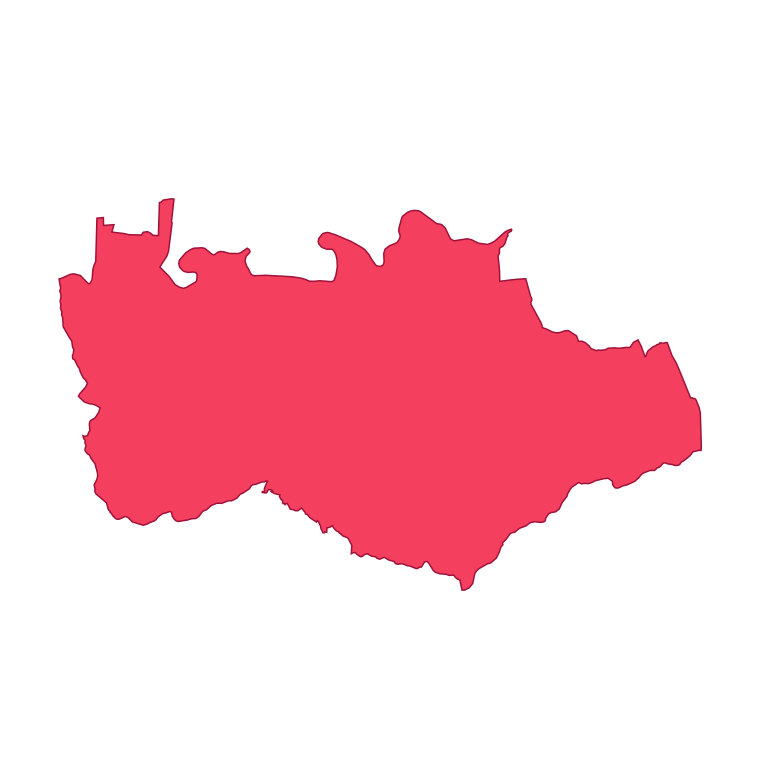 the district of Vladimir, Gorj, Romania, rotated 81°
{"feature_id": "2599482B64472006817342", "entity_name": "Vladimir", "entity_type": "district", "adm_level": 2, "iso_a3": "ROU", "parent_name": "Romania", "parent_adm1": "Gorj", "projection": "equal_earth", "projection_center": [23.559, 44.818], "detail": "fine", "context": "isolated", "style": "filled", "palette": "rose", "viewbox_px": 768, "rotation_deg": 81, "n_neighbors": 0, "source": "geoboundaries", "source_scale": "gbopen_adm2", "svg_char_len": 6152}
<svg xmlns="http://www.w3.org/2000/svg" viewBox="0 0 768 768"><g transform="rotate(81 384 384)"><path d="M473.7,547.1L470.4,543.3L469.5,540.0L466.4,533.3L464.0,531.4L463.0,529.4L463.0,526.3L461.6,519.6L462.1,517.4L461.3,516.0L461.7,514.3L467.8,518.1L469.5,518.8L470.6,518.4L471.4,519.3L471.2,521.0L472.1,521.3L473.2,517.6L472.3,516.2L470.2,514.7L470.9,511.6L472.6,510.8L472.5,512.2L473.5,511.5L475.3,508.9L477.2,504.1L478.8,504.9L482.3,503.6L482.8,502.4L485.6,502.8L486.4,502.3L486.5,500.9L487.7,500.6L486.8,499.4L486.9,498.2L492.9,496.2L494.4,492.4L495.2,491.6L495.7,489.0L493.7,484.8L499.0,481.7L500.0,482.0L501.2,479.9L504.4,478.2L509.8,472.3L508.5,471.3L509.1,470.6L514.1,469.0L516.9,468.9L521.4,467.5L521.7,466.4L520.7,465.7L521.5,463.8L517.1,462.8L517.1,460.2L515.8,457.0L518.0,456.4L521.4,454.2L523.3,451.6L524.2,451.5L524.8,450.5L527.4,448.7L530.5,443.7L538.4,441.0L546.5,442.9L545.9,441.2L546.0,438.8L548.4,437.1L550.9,434.3L550.9,432.4L549.3,429.8L549.1,426.9L552.1,423.2L553.3,419.5L555.0,418.2L556.4,415.6L555.4,412.0L555.4,410.7L558.6,406.8L561.0,401.6L562.4,401.2L563.7,400.0L564.2,398.5L564.3,394.2L567.2,389.2L567.7,387.1L571.3,381.2L571.4,379.3L570.5,378.2L570.6,375.6L566.4,372.0L566.0,370.9L566.1,369.2L567.8,367.9L575.7,364.6L578.1,362.6L580.2,358.5L581.6,352.5L583.1,349.9L583.7,345.2L584.2,344.6L585.5,344.2L588.1,342.1L589.3,339.8L599.8,339.2L600.2,336.8L598.7,331.9L595.1,327.7L585.4,323.9L582.8,321.6L581.1,318.7L577.8,310.0L577.5,306.7L573.6,300.4L568.0,296.4L563.4,294.1L561.3,291.7L559.6,291.9L556.5,287.7L551.6,282.8L551.0,281.7L550.8,278.0L547.7,272.7L546.4,266.1L543.9,261.5L543.6,256.6L545.2,251.0L545.2,247.8L544.7,246.5L541.5,245.0L537.9,241.6L537.1,238.9L537.1,234.6L534.9,230.5L529.1,226.7L523.5,220.8L521.5,220.0L517.1,216.6L515.2,214.4L511.9,207.5L512.0,206.5L513.5,204.6L513.5,201.9L514.4,197.3L513.7,193.4L512.6,190.5L511.9,181.8L512.2,177.3L515.7,173.7L519.4,173.8L521.6,172.8L522.8,171.8L523.4,169.6L522.7,166.1L522.0,164.7L521.6,159.4L519.3,151.5L516.7,147.3L513.6,143.9L512.5,141.7L511.0,134.7L511.7,130.2L509.6,127.4L509.4,125.4L508.4,123.6L505.7,120.5L506.0,118.2L507.2,116.5L508.6,111.9L510.1,109.2L510.3,105.9L509.6,104.4L507.6,102.5L506.9,100.3L502.7,93.0L499.2,89.3L498.8,82.4L499.3,81.3L495.7,80.4L462.2,76.1L456.8,76.4L448.2,78.4L447.0,79.4L446.8,80.7L445.8,81.8L445.7,83.2L445.1,83.5L416.2,90.2L408.8,92.1L401.4,95.0L387.4,97.8L387.1,99.6L387.5,101.2L386.5,105.1L387.7,106.5L387.9,108.6L388.7,109.7L389.3,112.5L392.5,118.0L395.3,120.0L396.9,120.5L397.9,121.9L387.1,124.0L380.2,126.2L381.9,131.1L385.9,134.9L386.4,136.1L385.7,139.0L385.5,146.2L384.3,150.9L383.7,157.1L384.8,160.0L384.6,164.8L383.9,167.2L384.3,169.0L381.5,173.9L378.3,175.6L374.5,178.9L372.7,181.8L372.3,185.2L366.6,186.3L360.1,193.5L359.7,196.8L360.7,202.5L360.3,206.1L359.1,209.3L355.1,215.0L353.2,218.6L348.8,219.1L328.4,226.3L326.0,226.1L324.7,225.1L322.7,224.7L320.1,225.5L302.2,227.5L301.2,238.4L300.7,253.6L289.7,252.1L275.2,251.3L273.1,249.6L268.3,248.7L267.8,248.4L266.4,244.8L264.2,242.6L258.2,239.6L256.9,238.3L255.0,238.5L253.8,237.2L253.0,234.4L251.8,233.7L251.0,234.0L251.8,238.2L252.7,240.5L259.9,251.8L260.9,253.9L262.4,259.7L259.6,268.9L255.3,274.8L253.6,279.1L253.5,292.6L250.9,295.7L239.6,299.1L236.1,301.6L235.0,303.2L233.9,306.8L219.6,320.9L218.4,322.6L217.3,326.6L217.3,330.4L218.2,334.1L221.2,339.4L222.9,340.6L232.8,345.0L235.3,345.5L240.5,344.8L243.8,346.5L246.5,349.4L248.3,356.9L251.0,361.8L254.9,363.8L263.4,364.8L265.2,365.6L266.6,366.8L267.3,369.2L266.3,372.5L265.3,373.5L259.0,376.7L253.8,378.6L248.2,382.0L245.1,385.3L238.0,394.3L229.6,407.7L226.0,414.6L225.5,416.0L225.5,418.8L225.9,421.0L229.9,425.6L233.0,426.7L235.4,426.5L238.7,424.5L240.0,422.9L241.9,419.4L242.8,414.3L244.2,412.9L248.5,411.3L254.3,411.0L261.0,411.8L269.1,414.5L273.7,417.1L274.5,418.4L274.6,420.2L271.9,431.7L271.7,436.6L270.8,441.6L268.5,445.1L266.2,450.1L263.6,458.5L258.2,483.4L256.8,494.9L255.9,497.1L254.2,498.4L249.5,499.7L245.8,501.3L240.7,502.1L236.5,500.3L233.2,496.2L232.2,495.6L230.2,496.0L228.5,497.9L232.0,505.1L232.3,507.8L230.8,516.4L228.3,521.7L227.5,525.0L227.8,527.4L229.7,531.0L229.7,532.2L228.6,534.0L222.1,539.6L221.0,542.3L220.1,550.7L221.2,554.6L223.3,559.2L229.3,566.3L230.6,567.1L232.8,567.8L236.8,567.6L240.5,565.0L241.8,563.4L243.2,560.0L243.5,555.1L244.1,553.4L245.0,552.2L246.8,551.4L252.4,552.8L253.7,554.0L257.7,564.2L258.1,567.1L256.2,571.2L253.0,574.9L244.0,579.5L233.4,587.1L223.8,578.5L219.3,576.1L191.8,568.1L190.8,568.6L168.5,562.5L167.8,565.0L167.8,573.3L169.5,575.7L169.6,577.4L202.1,583.6L201.1,588.7L198.4,591.1L196.6,593.7L196.4,597.5L196.9,598.6L198.9,600.2L196.6,612.7L194.7,617.4L191.4,629.0L184.4,625.8L183.5,636.2L175.7,635.1L175.3,641.6L217.6,649.5L222.3,652.3L225.6,653.7L234.9,655.9L237.7,657.7L238.8,659.2L238.8,660.2L229.3,667.0L226.6,673.1L226.7,677.1L229.2,686.2L229.4,688.5L236.1,688.5L236.2,688.1L239.9,688.7L241.2,689.7L245.0,689.1L248.2,689.6L251.4,690.9L255.7,690.9L258.5,691.7L262.6,690.9L264.8,691.6L268.9,691.0L277.2,691.9L289.0,687.5L292.5,685.7L299.2,685.8L301.1,684.9L305.5,686.2L307.3,687.3L310.3,687.5L311.9,685.8L318.7,683.7L320.7,682.6L324.9,682.0L331.3,679.9L333.3,678.2L336.9,676.8L340.5,679.3L345.5,685.5L348.3,687.8L354.8,682.9L357.5,677.9L358.2,675.1L359.9,672.0L363.0,668.2L367.2,670.1L372.3,674.7L374.1,679.3L375.0,680.3L377.3,681.3L384.1,681.8L385.6,683.3L388.3,684.7L388.9,686.5L388.7,688.4L388.1,689.4L390.7,689.2L393.1,687.9L395.3,688.7L398.0,687.8L401.4,689.5L403.3,689.6L406.2,688.1L408.1,685.9L411.4,685.1L417.7,681.9L426.6,681.0L429.7,681.1L432.9,682.3L438.4,686.1L442.2,685.8L444.9,686.4L447.3,685.8L458.0,676.7L465.1,675.9L466.9,674.5L467.8,674.7L469.2,673.5L471.6,672.6L474.8,670.2L475.8,668.8L476.1,666.8L474.5,660.9L474.6,659.6L476.2,657.4L480.8,654.2L485.8,644.0L485.3,639.7L484.4,637.7L483.3,632.3L482.3,630.4L480.2,628.3L478.2,624.6L477.2,622.0L477.3,619.7L476.4,615.7L477.3,614.0L481.8,613.7L484.9,612.2L486.4,611.0L487.6,609.1L487.6,599.5L487.0,595.1L487.4,590.8L485.8,587.5L481.4,583.0L480.4,578.9L477.0,573.6L475.6,567.7L476.5,562.8L475.0,556.3L475.5,552.7L473.7,547.1Z" fill="#f43f5e" stroke="#9f1239" stroke-width="1.5"/></g></svg>